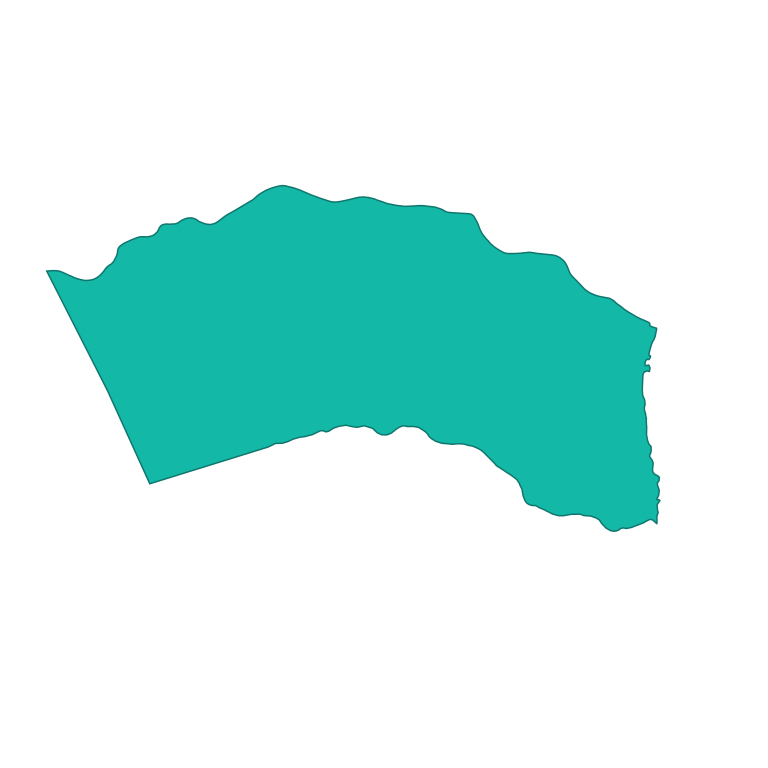 Industry, Choiseul, Saint Lucia, rotated 249°
{"feature_id": "8701671B28263897430178", "entity_name": "Industry", "entity_type": "district", "adm_level": 2, "iso_a3": "LCA", "parent_name": "Saint Lucia", "parent_adm1": "Choiseul", "projection": "mercator", "projection_center": [-61.06, 13.791], "detail": "fine", "context": "isolated", "style": "filled", "palette": "teal", "viewbox_px": 768, "rotation_deg": 249, "n_neighbors": 0, "source": "geoboundaries", "source_scale": "gbopen_adm2", "svg_char_len": 6159}
<svg xmlns="http://www.w3.org/2000/svg" viewBox="0 0 768 768"><g transform="rotate(249 384 384)"><path d="M610.3,109.6L476.6,123.5L374.8,129.6L366.7,253.2L367.4,261.5L365.1,267.9L364.7,273.7L365.1,279.5L364.5,286.4L363.3,291.0L362.4,299.1L362.9,304.7L363.1,308.1L362.0,310.7L360.2,312.5L359.7,315.3L360.9,321.3L360.6,327.3L359.1,333.8L355.3,339.5L353.2,343.4L352.1,350.6L346.7,357.5L341.1,360.1L337.5,363.5L335.5,368.4L335.5,373.2L337.5,379.5L338.2,382.9L338.2,386.9L336.0,390.5L333.8,396.2L333.2,397.3L331.9,399.5L331.1,400.6L330.5,401.2L329.6,401.9L326.1,404.5L324.2,405.7L323.3,406.2L321.1,406.9L319.6,407.1L318.6,407.4L317.6,407.9L315.7,408.9L312.5,411.4L311.9,411.9L310.9,413.1L309.5,414.9L308.9,415.5L307.8,417.0L305.5,421.8L304.1,424.6L303.2,426.3L302.3,429.8L301.2,432.9L300.0,435.6L299.1,437.3L296.3,441.0L295.3,442.8L294.3,444.4L293.4,445.3L292.3,446.5L290.2,448.6L288.1,450.4L286.9,451.2L284.8,452.4L272.3,457.9L270.0,458.9L268.0,459.5L265.9,460.7L265.0,461.6L262.9,463.0L261.1,464.4L257.3,467.0L255.5,468.4L253.3,470.0L251.3,471.2L250.8,471.6L247.3,473.7L244.3,474.4L242.3,474.7L240.4,474.7L238.5,474.9L236.4,475.1L233.7,474.6L233.1,474.5L230.4,473.9L229.0,473.8L225.9,473.8L224.7,473.9L223.2,474.2L222.5,474.4L221.4,474.8L219.6,476.1L219.2,476.7L217.9,478.1L216.8,480.3L216.2,481.9L215.4,482.7L213.0,484.5L212.1,485.4L210.5,487.3L210.0,487.6L208.3,489.4L206.7,490.6L205.5,491.9L204.2,493.0L202.0,495.0L200.6,497.0L199.3,498.6L198.8,499.5L198.1,500.8L197.5,502.2L196.8,504.2L196.4,505.7L196.3,506.9L195.9,508.5L195.5,510.9L195.2,512.2L192.2,520.5L189.6,523.4L186.5,529.9L182.4,534.5L179.9,536.3L175.8,537.2L170.0,539.6L165.9,543.0L164.1,545.9L163.5,548.8L163.7,551.5L164.2,552.9L164.2,554.4L163.8,555.9L162.2,558.5L161.4,563.8L161.4,576.4L162.0,580.1L162.3,583.0L162.2,583.9L161.2,585.7L160.2,586.4L157.6,587.7L156.5,588.3L156.0,588.6L156.5,589.1L162.2,591.1L165.9,593.9L168.3,594.2L172.8,595.4L174.0,596.4L176.2,599.7L177.4,599.2L178.4,597.4L179.4,598.0L181.6,600.5L186.0,602.8L189.2,603.0L191.7,603.0L193.9,604.0L195.1,606.1L198.3,607.6L200.3,606.6L203.2,604.0L205.9,603.5L207.9,604.0L213.3,606.8L216.5,607.1L220.4,606.1L221.7,606.1L224.4,608.6L226.6,609.8L230.0,610.9L232.7,609.8L236.7,609.8L242.6,610.9L249.9,613.9L251.2,614.2L256.6,616.0L257.3,616.5L260.5,617.0L262.5,617.5L266.5,617.8L268.9,618.7L271.5,620.5L275.6,621.6L280.9,621.5L286.2,623.1L298.9,628.6L300.7,629.7L301.8,631.1L302.0,633.5L301.7,634.9L300.9,635.5L300.7,636.3L301.7,637.0L303.7,638.1L306.3,638.1L307.1,637.5L307.1,635.1L307.4,634.6L308.6,634.6L310.8,635.7L312.0,636.8L312.7,637.9L312.5,638.9L311.9,640.1L313.1,642.0L314.7,642.8L315.2,642.0L316.4,641.7L320.5,644.4L325.1,647.9L327.2,649.8L328.7,651.9L331.1,654.1L337.6,658.2L338.4,658.4L341.4,654.6L343.4,653.0L344.0,653.4L345.5,653.8L346.9,653.0L348.7,651.2L350.2,649.7L351.7,648.1L355.1,644.8L356.8,643.3L359.9,640.9L361.7,639.5L363.3,638.2L367.3,635.3L371.2,633.1L373.1,631.8L375.5,630.2L376.4,629.7L378.8,628.7L379.8,628.0L380.9,627.1L383.2,625.2L384.7,622.8L388.3,616.9L390.1,614.4L391.3,613.0L394.4,609.7L395.1,609.1L396.7,607.7L397.6,607.3L399.7,605.8L400.6,605.3L404.4,603.7L407.0,602.7L413.0,600.1L417.8,598.0L421.0,597.3L424.0,597.2L428.6,597.2L429.4,597.0L431.2,596.8L432.9,596.5L434.1,596.1L435.7,595.4L439.1,593.4L441.1,591.5L442.3,590.3L443.9,587.8L449.8,576.3L451.0,573.8L452.7,571.0L454.6,567.5L455.1,566.1L455.7,564.0L456.0,562.6L456.7,560.2L457.0,558.9L457.7,556.6L459.1,552.3L460.8,547.9L461.4,546.5L462.4,544.6L463.6,543.1L464.5,542.2L467.2,539.9L468.6,538.8L471.7,536.6L472.8,535.9L474.6,534.9L477.6,533.4L479.7,532.8L483.0,531.4L485.3,530.7L488.4,529.7L492.3,529.1L494.2,529.0L498.9,529.1L501.8,528.9L505.9,528.4L507.5,528.1L508.2,527.9L509.2,527.6L510.2,527.0L510.9,526.5L511.8,525.5L512.8,523.7L513.8,521.5L519.5,508.9L520.5,507.0L521.1,505.8L521.8,504.6L523.0,503.3L524.8,501.8L525.9,500.9L527.6,499.1L528.3,498.2L529.8,496.3L530.8,495.2L534.2,488.7L536.3,484.8L537.1,482.9L538.4,479.4L539.0,477.2L540.6,472.3L542.5,466.8L543.0,465.9L543.8,464.3L545.5,461.0L546.9,458.6L547.6,457.5L551.3,451.7L552.4,450.4L554.7,447.8L555.7,446.6L556.6,445.3L557.7,444.1L558.3,443.3L559.5,442.1L560.4,441.1L561.7,439.3L562.8,437.6L563.4,436.8L564.5,434.7L565.8,432.2L567.1,428.3L567.5,426.5L568.1,422.0L568.4,419.4L569.1,414.2L569.3,413.3L569.9,409.3L570.2,408.2L570.4,406.7L571.5,403.2L571.9,402.6L572.3,401.4L573.5,399.5L574.5,398.1L581.1,390.0L582.5,388.6L583.6,387.2L586.6,383.8L595.0,375.2L599.1,370.4L601.3,367.3L602.7,365.2L604.0,363.5L605.6,360.5L606.1,358.4L606.6,356.1L606.9,352.9L607.1,350.7L607.2,347.8L607.2,345.9L607.1,343.7L606.9,341.8L606.6,340.0L606.4,338.8L606.1,336.9L605.5,334.4L604.6,331.9L603.7,329.6L602.9,327.4L602.7,325.6L601.4,318.2L599.8,308.9L598.7,302.1L598.2,298.3L597.4,294.8L596.3,291.1L595.7,289.2L594.7,285.0L594.6,283.5L594.6,282.6L594.7,281.7L595.2,278.7L596.7,275.9L597.1,275.2L597.8,274.2L598.3,273.6L598.8,273.0L602.1,269.5L605.1,267.5L607.0,265.4L607.7,264.4L608.5,262.8L609.3,259.8L609.4,258.6L609.5,257.3L609.4,254.6L609.2,253.5L608.7,251.1L608.3,249.8L608.2,249.0L608.2,247.3L608.4,246.1L609.0,244.3L610.1,240.8L610.7,239.7L611.2,238.6L611.8,236.4L612.0,235.0L612.0,234.1L611.8,232.9L611.4,231.9L611.1,231.3L610.3,230.2L608.2,228.1L607.4,227.0L607.1,226.5L606.6,225.3L606.1,224.1L605.6,222.5L605.5,221.4L605.5,220.0L605.7,218.2L606.3,215.4L606.9,214.1L607.6,212.4L608.4,210.4L608.6,209.7L609.0,207.6L609.1,206.0L609.1,204.3L609.1,201.1L609.0,198.7L608.6,192.5L608.4,191.4L608.2,190.3L607.9,188.9L607.5,187.5L607.0,186.2L606.3,185.2L605.9,184.7L604.7,183.6L601.4,181.8L599.6,180.3L597.8,178.5L596.9,177.3L595.7,176.0L594.9,174.8L593.8,172.5L593.3,169.9L592.8,168.3L592.3,167.0L591.5,165.4L589.9,163.1L587.7,158.9L587.2,157.5L586.5,155.5L586.2,154.1L585.9,152.2L585.8,151.0L585.8,150.0L586.0,148.3L586.2,147.4L586.5,145.9L587.3,143.4L588.2,141.2L590.7,137.4L591.8,135.9L592.8,134.8L593.2,134.1L596.0,131.3L597.0,130.4L598.1,129.1L601.1,126.2L602.0,125.3L603.0,124.4L603.5,123.8L604.9,122.3L605.6,121.5L605.9,121.0L606.4,120.2L607.0,119.1L607.9,117.0L608.4,115.7L608.6,115.1L609.0,114.0L609.7,111.6L610.3,109.6Z" fill="#14b8a6" stroke="#0f766e" stroke-width="1.5"/></g></svg>